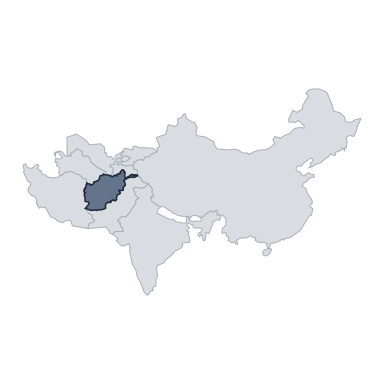 Afghanistan highlighted, Mercator projection
{"feature_id": "AFG", "entity_name": "Afghanistan", "entity_type": "country or territory", "adm_level": 0, "iso_a3": "AFG", "parent_name": "Asia", "parent_adm1": "", "projection": "mercator", "projection_center": [67.565, 33.924], "detail": "fine", "context": "with_neighbors", "style": "filled", "palette": "slate", "viewbox_px": 384, "rotation_deg": 0, "n_neighbors": 8, "source": "natural_earth", "source_scale": "50m", "svg_char_len": 12395}
<svg xmlns="http://www.w3.org/2000/svg" viewBox="0 0 384 384"><path d="M67.1,156.0L67.0,137.2L76.5,134.1L86.0,140.3L89.6,144.9L100.3,143.8L104.8,147.5L104.5,152.6L106.3,152.6L107.1,156.7L111.8,156.8L112.8,159.2L114.2,159.1L115.8,155.6L122.8,151.2L124.0,151.7L120.8,154.9L123.6,156.8L126.2,155.6L130.6,158.2L125.9,161.7L121.5,161.3L121.0,160.0L121.7,157.7L116.8,158.8L113.8,164.6L110.7,164.4L109.8,166.5L112.5,167.7L113.3,171.2L111.2,176.0L106.3,174.9L106.4,172.1L97.6,167.7L90.9,162.1L89.1,157.1L87.9,156.2L83.8,156.4L82.4,155.4L82.0,151.4L77.0,148.8L73.9,151.7L70.7,153.4L71.3,155.9L67.1,156.0Z" fill="#d9dde1" stroke="#a8b0b8" stroke-width="1"/><path d="M220.8,215.3L221.1,216.9L219.8,217.6L220.1,220.2L217.5,219.5L212.7,222.3L212.8,224.7L210.7,228.2L210.5,230.2L208.9,233.5L206.0,232.6L205.8,236.8L205.0,238.2L205.4,239.9L203.5,240.8L201.6,234.4L200.6,234.4L199.9,237.0L197.9,234.9L199.1,232.6L200.7,232.4L202.4,228.9L200.3,228.2L193.3,227.7L193.0,224.9L191.2,224.7L188.3,222.9L187.0,225.7L189.6,227.9L187.3,229.4L186.5,230.9L188.8,232.0L188.1,234.4L189.4,237.5L190.0,240.8L189.5,242.2L182.4,243.0L182.6,246.0L180.6,248.4L175.2,251.0L171.1,255.6L164.6,260.7L164.6,262.4L159.4,264.8L157.6,265.0L156.5,267.9L157.5,276.1L155.9,279.7L155.9,286.1L154.0,286.3L152.3,289.2L153.4,290.4L150.0,291.5L148.8,294.1L147.3,295.1L143.8,291.6L140.6,282.5L137.4,277.1L135.8,269.9L132.4,264.6L129.8,252.1L129.8,247.3L129.0,243.6L123.6,246.0L121.0,245.5L116.2,240.6L118.0,239.2L116.9,237.6L112.5,234.2L115.0,231.5L123.1,231.5L122.4,228.0L120.3,225.9L119.9,222.7L117.5,220.8L121.6,216.4L125.9,216.7L129.8,212.3L132.1,208.0L135.7,203.6L135.6,200.5L138.8,198.0L135.8,195.8L133.2,188.9L135.0,187.0L140.7,188.1L144.8,187.4L148.4,183.6L152.4,188.9L152.0,192.5L153.5,194.8L153.4,197.1L150.7,196.5L151.8,201.3L160.6,207.1L158.2,209.0L156.8,213.0L168.7,219.0L173.8,219.6L176.0,221.7L183.3,223.1L186.4,223.0L186.6,216.9L188.9,216.0L189.3,220.2L192.7,221.7L195.0,221.1L201.2,221.2L201.4,218.7L199.9,217.3L202.9,216.8L206.3,213.7L210.6,211.0L213.7,212.0L216.3,210.2L218.1,212.9L216.8,214.6L220.8,215.3Z" fill="#d9dde1" stroke="#a8b0b8" stroke-width="1"/><path d="M148.4,183.6L144.8,187.4L140.7,188.1L135.0,187.0L133.2,188.9L135.8,195.8L138.8,198.0L135.6,200.5L135.7,203.6L132.1,208.0L129.8,212.3L125.9,216.7L121.6,216.4L117.5,220.8L119.9,222.7L120.3,225.9L122.4,228.0L123.1,231.5L115.0,231.5L112.5,234.2L109.8,233.1L108.7,230.2L105.8,227.1L87.7,228.5L89.1,223.7L94.4,221.6L94.1,219.7L92.3,219.0L92.2,215.3L88.7,213.4L85.4,208.6L91.6,210.8L95.3,210.1L97.5,210.7L98.3,209.8L100.9,210.1L105.7,208.4L105.8,204.7L107.9,202.2L110.7,202.2L111.1,201.0L113.9,200.5L115.3,200.9L116.7,199.6L116.5,197.0L118.1,194.3L120.5,193.2L119.0,190.2L122.5,190.4L123.6,188.8L123.4,187.0L125.3,185.1L124.0,180.9L126.1,178.9L138.4,176.0L141.2,178.2L142.3,181.7L148.4,183.6Z" fill="#d9dde1" stroke="#a8b0b8" stroke-width="1"/><path d="M111.2,176.0L113.3,171.2L112.5,167.7L109.8,166.5L110.7,164.4L113.8,164.6L116.8,158.8L121.7,157.7L121.0,160.0L121.5,161.3L123.0,161.2L121.7,162.7L117.6,161.9L117.3,164.7L121.3,164.3L125.9,165.9L132.9,165.1L133.9,169.6L135.1,169.1L137.4,170.2L137.8,174.7L131.4,174.3L129.1,176.4L126.1,177.9L124.7,176.3L125.0,172.4L123.9,172.2L124.3,170.7L122.3,169.6L120.7,171.3L119.7,173.9L117.5,173.8L116.3,175.9L115.0,175.0L112.3,176.5L111.2,176.0Z" fill="#d9dde1" stroke="#a8b0b8" stroke-width="1"/><path d="M122.8,151.2L123.7,149.0L126.1,148.3L132.2,150.0L132.8,147.0L134.9,146.0L140.2,148.1L141.6,147.6L153.3,148.2L155.1,150.0L157.4,150.8L156.9,151.9L151.0,154.6L149.7,156.6L144.9,157.2L143.5,160.3L139.6,159.6L137.0,160.6L133.5,162.9L134.0,164.0L132.9,165.1L125.9,165.9L121.3,164.3L117.3,164.7L117.6,161.9L121.7,162.7L123.0,161.2L125.9,161.7L130.6,158.2L126.2,155.6L123.6,156.8L120.8,154.9L124.0,151.7L122.8,151.2Z" fill="#d9dde1" stroke="#a8b0b8" stroke-width="1"/><path d="M54.2,153.6L55.9,152.0L60.1,150.9L62.6,152.3L65.2,156.2L71.3,155.9L70.7,153.4L73.9,151.7L77.0,148.8L82.0,151.4L82.4,155.4L83.8,156.4L87.9,156.2L89.1,157.1L90.9,162.1L97.6,167.7L106.4,172.1L106.3,174.9L103.5,173.5L102.9,175.2L99.7,176.1L99.0,179.8L96.9,181.2L94.0,181.9L93.2,184.0L90.4,184.6L86.6,182.9L86.3,179.0L83.5,178.8L79.3,174.7L76.3,174.2L72.2,171.8L69.5,171.4L67.9,172.3L65.4,172.1L62.8,174.8L59.5,175.7L58.8,172.4L59.4,167.4L56.5,165.8L57.4,162.5L54.9,162.2L55.8,158.1L59.3,159.3L62.5,157.7L59.8,154.8L58.8,151.9L55.8,153.2L55.4,156.8L54.2,153.6Z" fill="#d9dde1" stroke="#a8b0b8" stroke-width="1"/><path d="M39.6,208.2L37.6,205.9L37.5,203.6L36.3,203.6L36.9,200.5L35.0,197.1L30.5,194.7L27.9,190.5L28.8,187.0L30.6,185.4L30.4,182.7L27.9,181.4L23.5,172.1L24.2,170.6L23.0,165.1L25.6,163.8L26.2,165.6L28.1,167.8L30.6,168.4L31.9,168.3L36.3,164.8L37.7,164.4L38.8,165.8L37.5,168.2L39.9,170.7L40.8,170.4L42.0,173.9L45.5,174.9L48.1,177.2L53.3,178.0L59.2,176.8L59.5,175.7L62.8,174.8L65.4,172.1L67.9,172.3L69.5,171.4L72.2,171.8L76.3,174.2L79.3,174.7L83.5,178.8L86.3,179.0L86.6,182.9L84.1,191.8L85.7,192.4L84.1,194.9L85.6,201.2L88.4,201.9L88.7,204.7L85.4,208.6L88.7,213.4L92.2,215.3L92.3,219.0L94.1,219.7L94.4,221.6L89.1,223.7L87.7,228.5L72.4,225.8L70.8,220.7L69.1,220.0L66.2,220.7L62.5,222.7L57.9,221.3L54.2,218.1L50.6,216.9L45.4,207.2L43.4,207.9L41.0,206.5L39.6,208.2Z" fill="#d9dde1" stroke="#a8b0b8" stroke-width="1"/><path d="M266.0,256.0L262.9,254.8L262.8,251.5L264.7,249.7L268.7,248.6L270.9,248.7L271.7,250.2L270.1,251.9L269.2,254.2L266.0,256.0ZM157.4,150.8L157.1,147.9L159.7,146.6L156.3,137.6L165.6,134.3L168.3,124.7L175.6,126.4L177.7,124.0L177.9,118.4L181.0,117.9L183.8,114.1L185.2,113.7L186.2,117.6L189.3,120.6L194.7,122.6L197.2,127.1L195.8,133.3L197.1,135.6L206.5,137.3L211.0,140.5L213.3,141.1L215.0,145.9L217.2,148.9L229.0,149.9L233.9,149.2L237.6,149.9L243.1,153.0L247.6,153.0L249.2,154.5L253.6,151.9L259.6,150.1L265.1,149.9L269.5,148.1L274.7,143.7L273.0,140.0L274.9,136.6L280.8,138.2L284.5,135.4L290.2,133.3L292.9,129.8L295.5,128.2L300.9,127.5L303.9,128.1L304.3,126.2L300.9,122.4L297.9,120.6L295.1,122.6L291.4,121.8L289.3,122.5L288.3,120.2L292.8,110.3L297.2,112.4L302.5,108.8L302.4,106.2L305.8,99.9L307.9,98.0L307.8,94.7L305.8,93.2L308.8,90.1L313.5,89.0L318.4,88.9L323.9,90.7L327.2,93.0L332.2,105.3L333.6,111.0L340.0,112.8L344.4,116.9L345.9,122.1L351.6,122.1L354.8,119.9L361.0,118.3L359.0,123.3L357.6,125.3L356.3,131.2L353.8,136.4L349.3,135.5L346.1,137.3L347.1,141.8L346.5,147.8L344.6,148.0L344.7,150.6L342.3,147.6L340.8,150.4L335.0,152.6L335.6,155.2L332.4,155.0L330.6,153.5L328.1,157.0L324.0,159.6L321.0,162.7L315.8,164.1L313.0,166.4L309.0,167.7L311.0,165.5L310.2,163.6L313.2,160.3L311.2,157.8L303.8,162.9L301.5,166.0L297.8,166.2L295.9,168.5L297.9,171.7L300.9,172.4L301.1,174.5L304.0,175.9L308.2,172.6L311.5,174.4L313.9,174.5L314.5,177.0L309.2,178.3L307.5,180.7L303.9,183.0L302.0,186.2L306.0,188.7L307.4,193.1L312.2,200.5L312.1,203.8L309.8,205.0L310.7,207.3L312.9,208.6L311.4,215.4L309.3,215.8L300.1,230.7L289.8,237.8L285.6,238.3L283.4,240.1L282.1,238.8L280.0,240.8L274.8,242.8L270.9,243.4L269.6,247.6L267.5,247.8L266.6,245.0L267.4,243.4L262.5,242.1L260.7,242.8L257.0,241.7L255.2,240.1L255.8,237.8L252.4,237.1L250.6,235.5L247.4,237.7L240.8,238.1L236.9,239.7L237.5,244.3L235.5,244.2L235.0,241.6L232.3,242.8L228.0,240.5L229.0,237.2L226.7,236.4L225.8,232.7L221.9,233.3L222.3,228.5L225.8,225.1L225.9,218.4L224.3,217.4L223.0,215.0L220.8,215.3L216.8,214.6L218.1,212.9L216.3,210.2L213.7,212.0L210.6,211.0L206.3,213.7L202.9,216.8L199.9,217.3L198.3,216.2L193.7,215.1L191.7,216.2L189.2,219.3L188.9,216.0L186.6,216.9L178.1,215.5L175.1,213.7L172.2,212.8L170.9,210.8L168.8,210.2L165.1,207.4L162.1,206.1L160.6,207.1L151.8,201.3L150.7,196.5L153.4,197.1L153.5,194.8L152.0,192.5L152.4,188.9L148.4,183.6L142.3,181.7L141.2,178.2L138.4,176.0L137.8,174.7L137.4,170.2L135.1,169.1L133.9,169.6L132.9,165.1L134.0,164.0L133.5,162.9L137.0,160.6L139.6,159.6L143.5,160.3L144.9,157.2L149.7,156.6L151.0,154.6L156.9,151.9L157.4,150.8Z" fill="#d9dde1" stroke="#a8b0b8" stroke-width="1"/><path d="M106.3,175.0L107.5,174.9L108.4,175.1L108.8,175.5L109.3,175.7L109.8,175.4L110.0,175.4L110.2,175.5L110.4,175.6L110.7,175.6L110.9,175.7L110.9,175.8L111.0,176.0L111.2,176.3L111.7,176.8L112.1,176.9L112.6,176.5L112.8,176.6L113.0,176.2L113.3,176.0L113.9,175.8L114.2,175.6L114.3,175.4L114.5,175.4L114.9,175.4L115.0,175.2L115.4,175.1L115.7,175.4L116.2,175.9L116.5,176.1L116.9,175.9L117.1,175.7L117.2,175.3L117.0,174.8L117.1,174.4L117.4,174.1L117.9,173.9L118.6,173.8L119.0,173.8L119.2,174.0L119.4,174.1L119.7,174.1L120.0,173.9L120.2,173.5L120.2,173.1L120.0,172.5L120.1,172.3L120.2,172.2L120.4,172.0L120.8,171.6L121.2,171.0L121.6,170.4L122.0,170.0L122.5,169.8L123.2,170.0L123.9,170.5L124.2,171.1L124.0,171.9L124.0,172.3L124.4,172.4L124.8,172.3L125.0,172.3L125.1,172.6L125.0,172.9L124.9,173.8L124.8,174.6L124.7,175.4L124.6,176.0L124.7,176.6L125.0,177.4L125.2,177.9L125.5,178.0L126.0,178.1L126.5,177.7L127.3,177.1L128.0,176.7L129.1,176.5L129.5,175.8L130.0,175.4L131.2,174.7L131.8,174.5L132.2,174.4L132.7,174.6L132.8,174.6L133.1,174.7L133.1,174.9L133.1,175.1L132.8,175.3L132.9,175.5L133.2,175.6L133.9,175.3L134.4,175.2L134.8,175.1L134.9,174.9L135.1,174.7L135.4,174.7L135.8,174.8L136.1,174.9L136.6,174.8L136.9,175.0L137.2,175.3L137.4,175.5L137.5,175.6L137.3,175.6L137.0,175.5L136.9,175.3L136.6,175.4L136.2,175.5L135.5,175.9L135.5,176.0L136.0,176.4L136.1,176.5L135.7,176.7L134.9,177.1L134.3,177.4L134.1,177.5L133.8,177.3L133.3,177.2L133.1,177.2L131.9,177.2L130.9,177.2L130.4,177.3L129.6,177.4L129.0,177.4L128.7,177.6L128.3,177.7L127.9,177.8L127.6,177.9L127.3,178.0L127.1,178.3L126.4,178.8L126.0,179.0L125.9,179.3L125.7,179.3L125.3,179.2L125.0,179.5L124.7,179.9L124.1,180.5L123.9,180.7L123.7,181.1L123.8,181.3L124.3,181.5L124.5,181.8L124.6,182.0L124.8,182.6L124.9,183.1L125.1,183.3L125.2,183.7L125.2,184.0L125.0,184.3L125.0,184.5L125.2,184.9L125.3,185.0L125.2,185.1L125.0,185.4L124.9,185.6L124.7,186.0L124.3,186.2L124.1,186.4L123.8,186.8L123.4,187.3L123.2,187.6L123.0,187.8L122.9,188.0L123.1,188.4L123.3,188.7L123.3,189.1L123.3,189.4L123.3,189.8L123.2,190.1L122.4,190.4L121.7,190.5L120.8,190.6L120.5,190.5L120.2,190.4L119.3,190.1L118.9,190.3L118.8,190.8L119.5,191.6L119.8,192.0L120.1,192.8L120.3,193.2L120.2,193.5L119.6,193.9L119.0,194.3L118.2,194.4L117.7,194.5L117.4,194.7L117.2,195.5L117.1,195.8L117.1,196.2L116.9,196.6L116.6,196.9L116.5,197.3L116.5,198.1L116.6,199.5L116.2,199.9L115.9,200.3L115.5,200.7L115.1,200.8L114.7,200.7L114.3,200.3L114.1,200.1L113.8,200.1L113.5,200.3L113.0,200.2L112.6,200.0L112.4,200.1L111.9,200.6L110.9,201.2L110.4,201.2L110.3,201.4L110.3,201.6L110.5,201.8L110.8,201.9L110.9,202.1L110.6,202.2L110.3,202.4L109.8,202.5L109.2,202.6L108.6,202.5L108.2,202.3L107.8,202.2L107.5,202.4L107.1,202.7L106.7,203.4L106.6,203.5L106.3,203.7L105.9,203.9L105.7,204.4L105.5,205.3L105.5,205.7L105.5,206.5L105.5,207.0L105.3,207.4L105.3,207.7L105.6,208.0L105.3,208.4L105.1,208.6L104.3,208.8L103.2,209.2L102.4,209.4L101.4,209.7L101.0,209.8L100.4,209.8L100.0,209.7L99.6,209.7L98.9,209.7L98.4,209.8L98.0,210.0L97.6,210.2L97.4,210.4L97.3,210.5L96.9,210.3L95.4,210.0L91.3,210.4L90.9,210.3L89.5,209.9L87.8,209.3L86.7,208.9L85.2,208.5L86.2,207.3L87.1,206.3L87.9,205.3L88.7,204.3L88.8,203.9L88.8,203.2L88.6,202.3L88.3,201.9L87.1,201.7L86.2,201.6L85.3,201.5L85.2,201.4L85.0,200.7L85.1,200.4L85.0,199.7L85.0,199.3L85.2,198.5L85.2,198.1L84.7,196.6L84.5,195.7L84.2,194.8L84.2,194.5L84.2,194.2L84.8,193.4L85.0,193.2L85.3,192.8L85.5,192.5L85.5,192.4L85.1,192.3L84.5,192.3L84.2,192.2L83.9,191.6L84.1,191.0L83.9,189.9L84.2,189.3L84.5,189.0L85.4,188.9L85.1,188.5L84.9,188.2L84.9,187.9L85.1,187.8L85.2,187.7L85.5,187.5L85.6,187.4L85.7,187.1L85.8,187.0L86.0,186.7L86.1,186.2L86.2,185.8L86.3,185.6L86.4,185.4L86.3,185.1L86.2,184.9L86.2,184.6L86.3,184.5L86.5,184.4L86.6,184.2L86.7,183.9L86.7,183.7L86.9,183.5L86.9,183.3L86.8,183.0L87.1,183.0L87.4,183.3L87.8,183.7L88.1,183.9L88.5,183.9L88.9,183.9L89.3,183.8L89.5,183.8L89.9,184.1L90.3,184.5L90.5,184.7L90.5,185.0L91.0,184.8L91.3,184.7L91.5,184.7L91.8,184.8L92.1,184.7L92.7,184.2L93.2,184.0L93.5,183.8L93.6,183.2L93.7,182.9L93.9,182.7L93.7,182.3L93.7,182.1L93.9,181.9L94.4,181.9L95.2,181.7L95.8,181.4L96.5,181.2L97.0,181.2L97.2,180.9L97.3,180.7L97.7,180.6L98.3,180.2L98.9,179.7L99.1,179.3L99.2,178.7L99.5,177.8L99.8,176.8L99.9,176.4L100.0,176.0L100.5,175.7L101.0,175.5L101.8,175.5L102.7,175.5L102.9,174.9L103.1,174.5L103.2,174.2L103.5,174.0L104.0,174.3L104.8,174.7L105.7,174.9L106.2,175.0L106.3,175.0Z" fill="#64748b" stroke="#1e293b" stroke-width="1.5"/></svg>